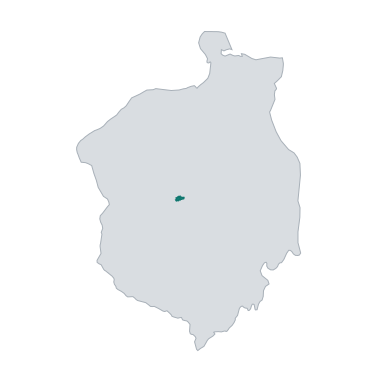 Albesti, Mures, Romania (highlighted), rotated 264°
{"feature_id": "2599482B11453022019549", "entity_name": "Albesti", "entity_type": "district", "adm_level": 2, "iso_a3": "ROU", "parent_name": "Romania", "parent_adm1": "Mures", "projection": "albers", "projection_center": [24.86, 46.242], "detail": "fine", "context": "in_parent", "style": "filled", "palette": "teal", "viewbox_px": 384, "rotation_deg": 264, "n_neighbors": 0, "source": "geoboundaries", "source_scale": "gbopen_adm2", "svg_char_len": 5059}
<svg xmlns="http://www.w3.org/2000/svg" viewBox="0 0 384 384"><g transform="rotate(264 192 192)"><path d="M299.6,214.8L303.4,219.6L308.0,222.0L318.5,224.3L319.4,223.9L319.5,223.4L318.8,222.7L318.6,221.8L319.1,220.6L320.5,220.5L322.9,221.4L327.3,219.7L333.7,215.4L339.7,214.2L345.3,216.3L348.3,218.8L350.3,221.3L349.9,224.5L349.7,226.5L348.7,234.8L347.9,238.0L346.5,241.5L329.4,246.6L330.4,244.5L329.9,241.1L329.0,238.5L330.5,236.1L326.5,235.4L324.9,236.8L323.7,239.1L325.2,244.3L323.4,247.2L322.8,248.9L322.9,252.7L321.8,254.4L321.7,256.2L324.4,255.6L323.4,258.9L318.5,265.5L316.8,269.4L318.0,284.2L316.0,293.3L316.0,295.9L310.4,296.3L308.7,296.1L303.3,295.0L297.3,292.9L293.6,288.4L291.3,285.2L286.3,286.9L285.3,286.5L283.9,285.0L280.1,284.1L275.4,284.2L264.7,278.5L263.5,277.5L255.3,278.7L243.1,282.0L233.7,285.9L224.1,292.5L220.2,297.6L215.6,300.3L209.1,302.3L197.4,301.6L185.2,299.1L172.1,296.4L165.1,297.8L155.5,296.6L141.2,293.2L130.5,292.1L119.9,293.7L118.1,292.2L117.8,290.6L118.2,288.2L119.8,286.4L122.4,285.0L123.7,283.6L123.9,282.1L121.1,279.7L115.3,276.3L113.0,274.2L112.4,273.7L112.3,271.9L111.1,270.4L108.9,269.3L107.2,267.3L106.0,264.6L106.4,262.0L108.2,259.6L110.5,258.6L113.3,259.0L114.4,258.3L114.0,256.6L111.4,254.4L106.5,251.6L101.5,252.9L96.2,258.2L92.5,259.0L90.4,255.2L86.4,252.8L80.7,251.9L77.2,250.4L76.0,248.2L73.5,246.4L68.1,244.4L68.1,242.7L69.0,242.4L71.0,242.3L73.6,242.0L74.1,241.1L74.1,240.2L72.1,239.0L70.0,238.2L69.0,237.4L68.3,236.5L68.2,235.7L68.9,235.1L69.7,235.1L70.6,234.6L71.1,232.6L72.3,231.0L73.2,230.5L73.2,229.2L72.4,228.0L71.3,227.0L69.6,226.3L64.5,224.4L61.9,221.8L60.3,221.7L57.8,220.2L55.2,218.0L52.9,214.9L50.4,212.8L49.8,212.0L49.8,211.2L50.3,210.4L50.3,209.5L49.8,206.6L50.4,203.5L50.5,200.6L50.5,199.3L50.0,198.9L49.6,199.3L48.9,199.8L48.3,199.9L46.5,197.7L44.3,193.2L42.8,191.7L39.8,189.6L37.2,187.7L35.5,184.0L33.7,181.2L35.1,180.1L42.7,178.9L46.1,180.7L47.7,180.2L49.3,178.9L50.2,178.0L50.4,176.9L51.2,175.5L53.8,175.0L60.5,176.2L63.3,174.4L64.3,173.4L65.0,171.1L65.8,169.3L68.3,168.4L68.3,166.7L68.0,164.8L69.6,160.8L70.5,159.1L71.9,158.6L73.6,157.3L76.5,154.7L76.0,152.4L76.6,150.7L79.7,146.5L82.2,142.5L82.2,140.5L82.6,138.7L84.6,136.8L86.8,134.4L89.8,126.5L90.9,125.2L92.7,123.8L94.1,122.3L94.4,117.1L95.7,115.6L98.2,114.0L100.6,111.3L102.7,108.2L104.2,106.7L106.2,106.4L108.3,105.2L110.7,104.8L113.0,105.5L114.5,105.2L116.7,103.7L122.5,97.9L123.3,96.8L124.5,96.0L129.1,94.1L130.3,92.1L131.9,90.3L133.9,90.4L140.4,95.1L147.5,94.9L148.8,95.1L149.2,95.2L150.1,95.6L159.4,98.0L160.9,97.7L161.3,97.5L165.1,99.4L168.4,99.2L171.6,98.0L174.9,97.5L178.0,98.3L180.3,100.9L186.3,106.5L188.1,108.5L190.8,108.2L193.9,107.2L196.9,103.5L206.4,99.2L213.6,98.1L220.6,96.4L228.8,95.0L231.1,91.6L232.3,89.2L233.2,84.9L237.5,83.5L241.6,82.5L243.1,82.0L246.1,81.7L248.5,82.0L252.2,84.1L254.8,86.7L255.9,88.8L258.1,91.8L260.5,95.9L263.2,101.5L263.9,104.3L264.9,107.4L266.9,111.0L270.7,115.1L271.2,115.8L273.0,118.7L276.4,125.1L279.1,127.6L281.6,130.3L282.8,133.1L284.6,135.6L288.6,138.9L291.9,141.8L294.9,150.6L296.8,154.7L298.1,157.8L297.8,164.1L298.6,166.8L297.4,171.9L295.1,182.0L294.8,189.9L295.5,194.2L295.6,197.0L296.3,198.7L297.2,202.3L297.5,205.4L296.5,206.4L295.2,207.2L294.7,207.9L296.0,209.2L297.8,211.8L299.6,214.8Z" fill="#d9dde1" stroke="#a8b0b8" stroke-width="1"/><path d="M186.4,183.0L186.5,183.0L186.8,183.2L186.9,183.3L187.0,183.3L187.3,183.4L187.5,183.3L187.5,183.2L187.4,183.0L187.3,182.9L187.2,182.7L187.3,182.5L187.3,182.4L187.2,182.2L187.3,182.1L187.3,181.9L187.3,181.7L187.6,181.7L187.7,181.4L187.7,181.2L187.8,181.1L187.8,180.9L187.9,180.7L188.0,180.6L188.0,180.4L188.1,180.2L188.2,179.9L188.2,179.7L188.3,179.7L188.2,179.6L188.3,179.6L188.2,179.6L188.3,179.5L188.2,179.5L188.3,179.5L188.3,179.4L188.2,179.4L188.2,179.2L188.3,179.2L188.2,179.2L188.3,179.1L188.2,179.1L188.1,178.9L188.1,178.7L188.3,178.6L188.4,178.8L188.5,178.8L188.5,178.7L188.5,178.4L188.4,178.3L188.2,178.4L188.2,178.2L188.0,177.9L188.3,177.8L188.5,177.8L188.5,177.7L188.4,177.4L188.5,177.4L188.4,177.2L188.2,176.9L188.0,176.6L187.9,176.5L187.7,176.5L187.7,176.4L187.6,176.5L187.6,176.4L187.4,176.3L187.3,176.5L187.3,176.4L187.4,176.2L187.2,176.1L187.1,175.9L187.0,176.0L186.9,176.0L186.8,176.3L186.7,176.3L186.4,176.3L186.3,176.2L186.2,176.2L186.2,175.9L186.1,175.7L185.9,175.5L185.9,175.4L185.7,175.3L185.7,175.2L185.5,175.3L185.4,175.2L185.2,175.2L185.1,175.3L184.9,175.5L184.8,175.8L185.0,176.0L185.3,176.1L185.5,176.3L185.5,176.5L185.4,176.8L185.2,176.8L185.2,177.0L184.9,177.2L184.9,177.3L184.8,177.5L184.9,177.8L185.0,177.9L185.3,177.8L185.5,177.8L185.8,178.0L186.0,178.2L186.2,178.3L186.3,178.4L186.4,178.5L186.2,178.7L186.2,178.8L186.0,179.1L185.9,179.2L185.7,179.1L185.7,179.3L185.9,179.4L185.9,179.5L186.0,179.6L186.0,179.8L185.9,179.8L186.0,179.9L186.0,180.0L186.0,180.3L185.9,180.3L185.9,180.5L185.9,180.8L186.0,180.8L186.0,181.0L186.2,181.3L186.2,181.5L186.3,181.7L186.2,181.8L186.2,182.0L186.2,182.3L186.2,182.5L186.3,182.5L186.4,182.8L186.4,183.0Z" fill="#14b8a6" stroke="#0f766e" stroke-width="1.5"/></g></svg>